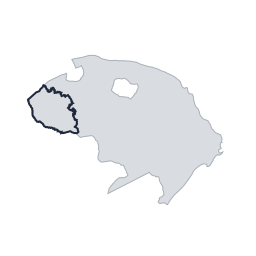 Limpopo highlighted on a map of South Africa, rotated 244°
{"feature_id": "ZAF-1210", "entity_name": "Limpopo", "entity_type": "Province", "adm_level": 1, "iso_a3": "ZAF", "parent_name": "South Africa", "parent_adm1": "", "projection": "natural_earth1", "projection_center": [29.071, -23.769], "detail": "fine", "context": "in_parent", "style": "outline", "palette": "slate", "viewbox_px": 256, "rotation_deg": 244, "n_neighbors": 0, "source": "natural_earth", "source_scale": "10m", "svg_char_len": 8519}
<svg xmlns="http://www.w3.org/2000/svg" viewBox="0 0 256 256"><g transform="rotate(244 128 128)"><path d="M174.6,48.8L180.3,48.0L182.9,48.4L185.9,49.8L188.8,50.3L193.6,49.8L195.3,50.0L196.6,50.5L197.6,51.2L199.0,56.6L200.1,62.3L200.1,64.2L200.3,64.9L201.6,67.3L202.1,68.8L202.9,70.1L204.7,76.2L204.9,77.3L204.8,92.2L204.1,94.0L204.4,96.3L203.5,96.6L198.8,93.6L197.9,93.7L196.6,94.8L195.3,96.6L194.7,98.1L192.3,102.1L192.1,104.6L192.3,106.8L193.1,106.9L193.7,108.4L195.0,110.9L197.2,112.5L199.2,113.3L202.1,113.4L204.4,113.4L204.2,111.7L204.8,107.2L208.6,107.8L214.2,107.6L213.7,110.5L211.7,117.2L210.3,124.7L208.6,128.5L207.7,130.1L204.9,132.9L203.5,133.8L202.3,134.1L197.7,139.7L195.9,142.4L194.4,146.3L192.8,148.5L190.6,153.1L186.7,159.9L183.4,164.4L181.9,165.7L180.9,166.3L178.3,168.9L174.6,173.0L171.8,176.7L167.6,180.9L165.2,182.7L161.5,186.3L160.5,186.9L156.4,190.2L153.5,192.3L148.7,194.6L146.8,195.3L142.3,194.7L140.4,195.0L138.8,196.4L138.7,198.5L138.0,198.8L133.9,197.8L132.1,198.0L131.2,199.1L130.4,200.5L128.0,200.6L123.7,199.1L118.7,198.3L117.6,198.2L115.2,199.2L114.3,199.4L110.8,199.1L108.8,198.5L107.0,198.5L105.5,199.0L103.8,199.2L99.2,203.1L96.8,203.1L94.7,203.5L91.0,203.0L89.9,203.2L88.8,203.9L86.3,204.2L85.3,204.8L81.1,208.3L79.4,207.9L77.2,207.9L74.6,206.0L73.7,206.1L73.9,205.6L74.0,204.6L73.0,203.6L72.1,203.6L71.5,202.8L70.0,202.7L68.8,203.0L68.5,199.7L67.9,199.4L66.3,199.3L65.6,199.4L65.3,199.7L64.9,200.5L65.0,202.7L64.4,202.1L63.8,200.7L63.5,199.3L63.7,197.6L64.8,196.9L64.4,194.8L62.6,191.0L61.4,190.2L60.5,188.3L59.7,187.6L59.3,186.3L58.4,185.2L58.1,183.5L58.5,182.5L59.2,182.0L60.0,182.8L60.9,182.5L62.1,181.3L62.9,179.4L62.8,176.4L62.6,174.5L61.4,169.7L60.9,168.6L58.4,165.2L55.6,160.5L51.9,153.2L50.2,148.9L47.4,140.0L45.0,135.0L42.2,130.4L41.8,130.0L42.2,129.5L43.7,128.4L44.3,128.1L44.7,128.2L45.0,127.9L45.3,127.2L45.5,125.6L46.1,123.8L46.7,123.1L48.0,122.6L49.0,123.3L49.4,123.9L49.6,124.7L50.1,125.1L50.8,125.1L51.3,125.6L51.6,126.7L51.5,127.5L51.2,127.9L51.2,128.6L51.8,129.4L52.3,131.1L55.0,132.0L56.5,132.1L57.9,132.5L59.3,133.3L61.4,133.5L64.5,133.1L67.0,133.2L68.9,134.0L70.4,134.1L71.2,133.7L71.6,133.0L71.5,132.1L71.9,131.5L72.9,131.3L73.6,130.6L74.2,129.5L75.6,128.6L77.7,127.9L78.8,127.9L77.9,81.3L81.8,84.5L82.7,86.0L84.7,90.4L86.7,95.8L87.1,98.4L87.0,98.9L85.1,102.5L85.0,104.2L85.3,106.2L85.8,107.3L86.4,107.6L87.7,107.1L89.8,107.6L93.9,107.4L95.9,107.7L96.4,107.5L96.8,107.1L97.4,105.8L97.8,105.4L99.7,104.9L100.5,104.2L101.8,101.8L105.8,98.5L106.2,97.7L108.6,89.9L109.4,88.8L110.5,88.1L112.7,87.5L114.0,87.8L115.4,88.5L117.0,89.6L119.4,91.8L120.2,92.1L122.5,92.2L124.0,93.6L128.4,94.5L129.7,94.5L131.0,93.7L133.3,93.7L135.7,93.2L137.2,91.8L140.0,83.3L140.3,81.4L140.6,80.9L142.9,80.0L145.7,79.2L146.3,78.8L148.0,76.5L150.3,74.5L151.9,67.7L153.0,66.1L153.6,65.4L154.0,65.4L154.6,65.0L155.4,64.2L156.3,63.6L157.3,63.4L158.0,62.9L158.3,62.0L158.9,61.5L159.6,61.6L160.1,61.3L160.2,60.7L161.9,59.2L161.9,58.6L162.9,57.2L164.9,54.9L166.7,53.6L168.4,53.4L171.6,52.2L172.7,51.1L173.4,49.6L174.6,48.8ZM169.5,149.2L172.2,148.1L174.3,146.6L174.8,143.8L176.3,142.1L176.9,140.5L177.4,138.3L176.4,136.0L175.1,135.4L172.8,133.4L171.8,132.1L170.4,130.9L169.4,129.6L167.7,130.0L165.2,131.1L163.7,132.1L162.4,133.3L160.0,134.1L157.9,137.9L157.2,138.7L155.5,141.5L153.0,142.8L152.9,143.3L153.8,145.6L154.9,147.8L156.1,149.6L156.1,150.7L156.5,151.6L157.6,152.2L159.4,154.5L160.3,155.2L163.1,155.7L163.5,155.6L164.2,154.3L164.3,153.3L166.1,150.4L166.9,149.5L169.5,149.2Z" fill="#d9dde1" stroke="#a8b0b8" stroke-width="1"/><path d="M175.9,48.4L176.5,48.5L176.8,48.5L177.0,48.5L177.3,48.5L177.9,48.2L178.1,48.1L178.7,48.3L178.9,48.3L179.0,48.2L179.1,47.9L179.3,47.9L179.7,47.9L180.1,47.7L180.3,47.7L180.5,47.9L181.3,47.8L181.6,47.8L182.2,48.3L182.5,48.4L182.8,48.5L183.2,48.6L183.3,48.6L183.6,48.8L184.0,48.9L184.1,49.0L184.3,49.2L184.3,49.3L184.6,49.4L184.8,49.4L185.1,49.7L185.3,49.8L185.5,49.8L186.0,49.8L186.3,49.8L186.5,49.9L186.6,50.0L186.8,50.1L187.1,50.4L187.5,50.5L187.9,50.5L188.3,50.4L188.5,50.3L188.9,50.1L189.1,50.0L189.3,50.0L190.0,50.1L190.3,50.1L190.6,50.3L190.8,50.2L191.1,50.0L191.3,49.9L192.5,49.8L192.8,49.7L193.1,49.8L193.8,49.8L194.9,50.1L195.3,50.3L195.5,50.4L196.0,50.1L196.3,50.2L196.5,50.5L196.8,50.7L197.0,50.7L197.3,50.6L197.6,51.1L197.5,51.4L200.2,60.8L200.3,61.1L200.0,64.0L200.1,64.6L200.3,65.0L201.3,66.2L201.5,66.7L201.9,68.3L202.3,69.4L202.5,69.6L202.7,69.9L203.4,70.4L203.5,70.6L203.5,70.8L203.5,71.0L203.4,71.1L203.2,71.1L202.9,71.0L202.7,71.0L202.3,71.5L202.2,71.6L202.1,72.0L201.8,72.1L201.6,72.0L201.5,71.9L201.4,71.7L201.2,71.6L201.0,71.8L200.8,72.1L200.7,72.1L200.5,71.9L200.4,71.9L200.1,72.0L199.8,71.9L199.2,71.7L198.9,72.1L198.7,72.2L198.4,72.1L198.2,72.3L197.9,72.5L197.5,72.4L197.4,72.4L197.1,72.7L196.9,72.3L196.6,71.9L196.3,71.9L196.2,72.3L195.8,72.3L195.3,72.5L195.2,72.7L195.6,72.7L195.6,73.0L195.5,73.4L195.0,73.9L195.1,75.5L195.9,75.5L196.5,75.4L197.0,76.1L196.2,76.3L196.2,77.0L196.7,76.9L197.2,77.9L196.8,78.5L195.0,78.6L194.2,78.8L194.1,78.1L193.1,78.2L191.9,77.3L191.7,77.3L191.5,78.0L191.6,78.8L191.3,79.0L191.0,79.3L191.3,79.8L191.5,80.4L191.0,80.8L190.6,80.8L190.5,81.0L190.8,81.3L190.8,81.8L190.4,82.4L189.4,83.0L189.0,83.5L188.3,82.2L187.7,82.3L187.5,82.6L185.8,82.3L185.7,83.0L185.7,84.0L185.8,84.4L185.4,84.6L185.4,85.5L185.1,85.7L184.7,85.5L184.2,85.1L183.6,85.3L183.9,86.0L183.9,87.3L183.9,88.4L183.2,88.3L182.6,88.5L182.3,88.9L181.6,88.8L181.4,89.1L180.4,88.8L179.8,89.2L178.8,89.4L178.1,89.2L177.5,89.4L177.0,89.3L176.9,88.9L176.1,88.9L175.9,89.2L175.5,89.3L175.3,88.9L174.8,89.1L175.1,88.3L175.0,88.0L174.3,88.2L174.2,87.8L173.7,87.6L173.7,85.9L174.2,86.0L174.6,85.6L174.0,85.0L173.5,84.9L172.9,85.1L172.6,84.2L172.3,84.2L172.2,83.6L172.6,83.3L172.4,82.9L171.5,83.4L170.9,83.3L170.7,83.3L170.4,83.4L169.8,83.7L169.2,84.2L169.1,84.3L169.3,84.8L168.7,85.2L167.7,85.5L167.4,85.8L167.0,86.1L166.6,86.3L166.4,86.5L166.5,86.7L166.6,86.9L166.8,87.0L167.3,86.9L167.6,86.8L167.9,86.7L168.2,86.5L169.1,86.1L169.2,86.5L169.5,86.9L169.7,87.0L169.7,87.3L169.5,87.5L169.2,87.6L168.8,87.5L168.3,87.6L168.0,87.7L167.8,87.9L167.3,88.2L166.7,88.2L165.8,88.2L165.1,87.0L164.8,86.8L164.4,86.8L164.2,86.8L164.0,86.7L164.0,86.4L163.8,86.2L163.6,86.0L163.5,85.8L163.6,85.6L163.9,85.5L164.0,85.5L164.4,85.8L164.6,85.8L164.8,85.8L164.9,85.7L165.0,85.5L165.0,85.1L164.9,84.9L164.6,84.7L163.7,84.3L163.4,84.1L162.8,84.1L162.3,83.9L162.1,84.0L161.9,84.2L161.7,84.2L160.1,84.0L159.9,84.0L159.6,84.2L159.2,83.8L158.9,83.8L158.7,83.8L158.4,84.0L158.3,84.4L158.3,84.7L157.9,85.3L157.7,85.5L157.6,85.4L157.4,84.9L156.8,84.9L156.0,84.9L155.2,84.2L154.0,84.0L153.9,83.9L153.7,83.4L153.3,83.0L153.0,82.7L152.7,82.2L152.6,81.0L152.5,80.7L152.3,80.6L152.2,80.7L152.1,80.8L152.0,81.1L151.5,81.5L150.3,82.0L149.7,82.4L149.5,82.5L149.0,82.4L148.7,82.2L148.4,82.0L148.2,81.9L146.3,81.8L146.2,81.7L146.2,81.4L145.9,80.9L145.8,80.5L145.8,79.5L146.5,78.7L146.9,77.7L147.1,77.3L147.4,77.0L148.1,76.5L148.7,75.8L148.8,75.6L149.1,75.5L150.0,75.1L150.4,74.8L150.5,74.6L150.7,73.5L150.7,72.9L151.4,69.6L151.5,69.2L151.4,69.0L151.7,68.3L151.7,68.1L151.7,67.9L151.9,67.5L152.1,67.0L152.2,66.9L152.3,66.9L152.4,67.2L152.6,67.2L152.8,67.1L152.8,66.9L152.7,66.7L152.7,66.4L152.8,66.5L152.9,66.4L153.1,66.2L153.2,65.9L153.4,65.9L153.5,66.0L153.5,65.9L153.4,65.7L153.4,65.4L153.5,65.4L153.6,65.5L153.8,65.4L154.0,65.5L154.2,65.4L154.1,65.2L154.6,64.9L155.0,64.7L155.3,64.3L155.6,63.9L155.7,63.7L155.9,64.1L156.0,64.1L156.1,63.8L156.4,63.7L156.5,63.7L156.4,63.9L156.5,64.0L156.7,63.9L156.8,63.7L157.0,63.6L157.4,63.6L157.6,63.5L157.9,63.3L158.0,63.1L158.1,62.8L158.0,62.6L158.2,62.1L158.4,61.9L158.5,61.5L158.9,61.7L159.0,61.6L159.4,61.2L159.7,61.6L159.9,61.7L160.0,61.6L160.2,61.0L160.4,60.8L160.2,60.6L160.2,60.4L160.6,60.4L160.8,60.3L160.7,60.1L161.1,60.0L161.5,59.8L161.9,59.5L162.1,59.1L162.0,58.6L162.0,58.3L162.1,58.2L162.3,58.2L162.7,57.9L162.9,57.8L163.0,57.7L163.2,57.4L163.2,57.1L163.1,56.8L163.1,56.7L163.3,56.6L163.7,56.4L163.9,56.1L164.2,56.0L164.3,55.9L164.4,55.7L164.3,55.4L164.3,55.2L164.7,54.6L164.8,54.5L165.2,54.5L165.3,54.4L165.7,53.9L165.8,53.8L166.2,53.5L166.6,53.4L167.5,53.3L168.2,53.5L168.4,53.5L168.6,53.2L168.8,53.2L169.0,53.2L169.3,53.2L169.6,53.1L170.4,52.6L170.9,52.5L171.3,52.3L171.5,52.2L171.6,51.8L171.9,51.8L172.3,51.8L172.5,51.7L172.8,51.2L172.9,50.9L172.8,50.0L173.1,49.7L173.3,49.4L173.5,49.3L173.4,49.3L173.7,48.9L173.8,48.9L175.1,48.8L175.2,48.7L175.4,48.6L175.6,48.4L175.9,48.4Z" fill="none" stroke="#1e293b" stroke-width="2"/></g></svg>